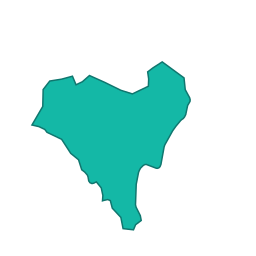 the Unitary Authority of Cheshire West and Chester, rotated 233°
{"feature_id": "GBR-5707", "entity_name": "Cheshire West and Chester", "entity_type": "Unitary Authority", "adm_level": 1, "iso_a3": "GBR", "parent_name": "United Kingdom", "parent_adm1": "", "projection": "mercator", "projection_center": [-2.803, 53.149], "detail": "fine", "context": "isolated", "style": "filled", "palette": "teal", "viewbox_px": 256, "rotation_deg": 233, "n_neighbors": 0, "source": "natural_earth", "source_scale": "10m", "svg_char_len": 1028}
<svg xmlns="http://www.w3.org/2000/svg" viewBox="0 0 256 256"><g transform="rotate(233 128 128)"><path d="M77.8,129.8L77.6,128.8L78.0,127.4L78.8,126.4L88.0,120.6L88.7,119.3L88.9,117.5L88.4,113.9L87.3,111.5L86.2,109.7L78.1,100.7L62.2,87.8L59.9,86.8L50.6,85.1L46.2,82.9L46.2,75.9L43.4,71.1L50.6,63.5L60.9,68.5L73.4,67.2L80.7,70.2L83.1,68.7L84.8,64.9L85.2,63.8L89.2,67.3L96.3,70.6L104.0,70.3L104.2,69.4L104.5,67.6L105.3,65.8L107.2,64.7L109.4,64.8L113.1,66.7L114.9,67.2L119.0,66.9L122.5,65.9L132.4,69.4L142.2,67.0L158.9,68.2L173.3,60.7L176.9,60.7L182.7,57.7L188.2,53.1L196.5,72.9L209.8,83.4L212.6,93.8L207.0,104.3L202.8,114.8L193.8,112.5L192.4,119.4L193.1,128.8L178.4,136.9L162.4,145.0L152.6,152.0L149.1,169.4L154.7,174.0L161.0,177.5L161.0,184.5L160.2,195.1L134.3,202.9L124.2,196.8L114.9,195.4L113.1,194.6L111.9,193.5L110.1,189.2L104.0,182.2L102.8,179.8L102.3,177.8L102.4,176.1L102.3,174.6L100.6,167.4L98.9,162.0L92.4,147.3L91.1,145.4L79.1,132.4L77.8,130.2L77.8,129.8Z" fill="#14b8a6" stroke="#0f766e" stroke-width="1.5"/></g></svg>